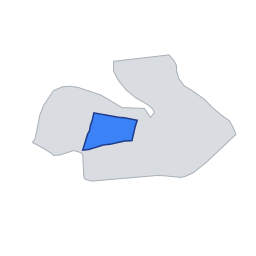 Randa, Tadjourah, Djibouti shown in context, rotated 231°
{"feature_id": "41766387B54529132802745", "entity_name": "Randa", "entity_type": "district", "adm_level": 2, "iso_a3": "DJI", "parent_name": "Djibouti", "parent_adm1": "Tadjourah", "projection": "mercator", "projection_center": [42.697, 12.023], "detail": "fine", "context": "in_parent", "style": "filled", "palette": "blue", "viewbox_px": 256, "rotation_deg": 231, "n_neighbors": 0, "source": "geoboundaries", "source_scale": "gbopen_adm2", "svg_char_len": 1059}
<svg xmlns="http://www.w3.org/2000/svg" viewBox="0 0 256 256"><g transform="rotate(231 128 128)"><path d="M188.9,158.8L180.9,171.4L170.6,187.6L159.0,205.9L151.7,206.1L146.1,205.0L142.2,201.9L134.3,198.5L125.3,198.3L116.7,201.4L102.2,205.4L89.1,206.7L78.6,208.8L69.8,211.4L61.9,210.0L55.1,207.7L53.6,188.2L52.0,167.0L52.2,150.4L54.6,141.2L56.7,137.7L69.1,125.0L73.4,119.9L87.5,98.9L99.7,81.0L108.7,67.5L111.5,64.9L115.3,62.3L118.0,63.0L135.7,76.0L138.8,75.7L144.7,71.6L150.0,57.8L153.7,52.7L155.4,52.9L166.7,49.0L176.9,44.6L178.2,49.1L193.7,67.8L198.8,76.9L204.0,93.7L201.3,103.0L197.2,109.0L191.3,114.5L170.6,127.7L147.6,136.2L132.9,153.1L122.0,152.0L123.6,158.4L127.7,159.1L134.1,157.9L146.7,153.0L158.0,150.6L170.1,150.4L181.1,152.5L188.9,158.8Z" fill="#d9dde1" stroke="#a8b0b8" stroke-width="1"/><path d="M139.3,78.9L136.0,83.9L130.3,98.3L126.5,104.1L120.2,116.9L115.7,123.1L124.4,134.3L128.2,140.0L138.4,131.5L141.9,127.7L161.2,111.0L156.6,105.2L154.0,100.9L150.1,96.3L148.7,92.8L139.3,78.9Z" fill="#3b82f6" stroke="#1e3a8a" stroke-width="1.5"/></g></svg>